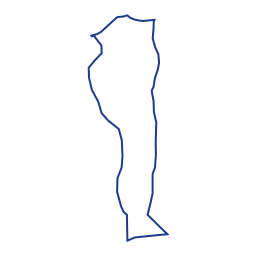 the Municipality of Al Jabal al Akhdar
{"feature_id": "LBY-2982", "entity_name": "Al Jabal al Akhdar", "entity_type": "Municipality", "adm_level": 1, "iso_a3": "LBY", "parent_name": "Libya", "parent_adm1": "", "projection": "robinson", "projection_center": [21.714, 32.008], "detail": "fine", "context": "isolated", "style": "outline", "palette": "blue", "viewbox_px": 256, "rotation_deg": 0, "n_neighbors": 0, "source": "natural_earth", "source_scale": "10m", "svg_char_len": 820}
<svg xmlns="http://www.w3.org/2000/svg" viewBox="0 0 256 256"><path d="M91.3,35.7L97.1,34.1L101.1,31.8L116.5,17.7L118.0,17.0L122.8,16.6L127.3,15.4L130.1,17.7L134.4,19.5L139.3,20.6L143.5,21.0L154.4,19.8L153.8,21.2L153.5,28.7L152.7,38.5L155.2,47.4L158.3,54.1L159.1,62.9L157.8,69.5L154.9,78.2L153.5,87.0L151.7,90.8L153.6,101.3L153.9,111.8L156.3,122.8L155.7,142.1L155.9,154.3L155.0,167.5L152.6,174.0L152.6,193.4L150.7,202.1L147.6,214.8L167.3,234.2L153.1,235.6L135.0,237.4L127.4,240.6L126.9,214.8L123.7,212.0L121.1,206.4L117.1,191.9L117.5,178.1L121.6,167.7L122.5,156.2L121.8,140.2L118.8,129.1L108.1,120.5L101.7,113.2L98.2,101.6L91.9,89.9L89.0,77.7L88.7,67.8L94.4,60.8L101.7,53.2L101.4,45.5L95.0,37.2L94.3,35.7L94.1,35.7L93.2,35.8L92.3,36.3L91.5,36.2L91.3,35.7L91.3,35.7Z" fill="none" stroke="#1e3a8a" stroke-width="2"/></svg>